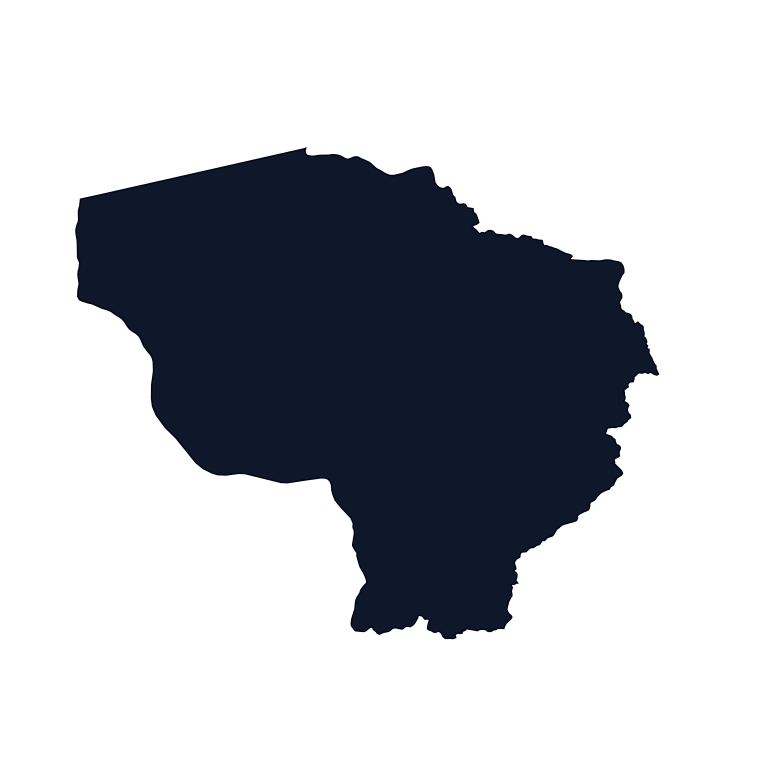 Casa Nova, Bahia, Brazil, rotated 72°
{"feature_id": "56859067B17018387686030", "entity_name": "Casa Nova", "entity_type": "district", "adm_level": 2, "iso_a3": "BRA", "parent_name": "Brazil", "parent_adm1": "Bahia", "projection": "robinson", "projection_center": [-41.193, -9.237], "detail": "fine", "context": "isolated", "style": "filled", "palette": "ink", "viewbox_px": 768, "rotation_deg": 72, "n_neighbors": 0, "source": "geoboundaries", "source_scale": "gbopen_adm2", "svg_char_len": 6170}
<svg xmlns="http://www.w3.org/2000/svg" viewBox="0 0 768 768"><g transform="rotate(72 384 384)"><path d="M135.6,385.7L135.7,387.3L127.0,481.8L115.8,602.6L114.5,615.5L120.5,618.2L123.9,620.5L126.9,621.7L133.3,623.5L135.5,624.7L137.9,626.7L140.8,628.6L142.8,629.5L145.8,630.3L153.5,631.5L168.5,636.1L170.7,636.2L172.2,636.0L174.4,635.8L175.9,636.4L179.8,638.2L182.1,639.8L185.5,641.3L194.7,642.9L199.1,645.4L200.8,646.2L206.2,648.2L208.4,647.8L210.0,647.3L211.6,645.6L215.5,640.1L217.5,636.7L224.6,628.8L228.0,624.0L230.6,621.0L233.4,619.1L240.5,613.2L244.2,611.6L250.1,610.0L253.3,608.8L255.3,607.4L259.3,604.1L262.0,602.5L264.5,601.6L273.6,600.7L279.7,598.7L284.6,596.7L288.7,596.2L292.2,596.7L300.5,599.1L312.9,605.1L326.2,609.6L333.9,611.0L343.1,610.2L357.8,605.4L370.8,598.6L400.6,587.2L408.6,582.0L415.6,574.8L418.8,570.1L421.7,562.4L423.9,550.2L426.1,544.0L445.8,512.3L448.0,506.3L451.2,486.9L453.7,473.1L455.2,468.9L457.2,466.5L460.2,465.2L463.9,465.1L469.3,466.4L473.2,466.6L479.1,466.3L484.2,464.5L489.1,462.4L501.1,456.8L507.1,456.2L510.2,457.5L511.9,457.7L514.5,457.5L517.7,458.6L527.1,463.4L528.4,463.7L531.9,463.0L535.6,462.0L537.1,461.7L538.4,462.7L544.1,463.1L548.0,463.2L550.8,463.1L557.5,461.7L561.4,461.2L565.7,461.2L567.8,461.7L568.9,463.9L570.5,466.6L572.6,469.5L575.5,471.6L578.8,475.6L580.5,477.1L582.4,478.3L589.2,481.2L593.1,484.1L597.8,487.3L602.1,489.3L604.5,489.4L608.8,488.0L609.9,487.2L612.7,480.7L613.2,479.1L613.0,477.5L611.0,472.6L611.3,470.8L612.7,469.9L614.4,469.8L617.1,467.9L619.0,467.3L620.5,465.6L620.1,463.4L620.1,460.3L620.6,456.2L620.3,454.5L619.2,452.2L618.9,450.3L619.8,447.3L621.9,444.0L622.6,442.0L621.3,438.7L621.5,436.5L622.9,433.8L622.0,430.7L620.7,428.6L616.7,424.2L615.2,423.6L614.8,422.0L615.8,420.2L616.7,419.1L620.3,417.7L620.8,415.2L622.4,413.4L624.4,415.1L628.7,417.6L630.4,418.1L631.9,417.1L633.1,415.3L635.8,412.8L636.0,411.3L635.8,408.2L638.6,406.4L642.6,405.8L644.8,404.4L645.4,402.7L645.8,400.8L646.5,398.9L647.4,397.1L647.3,394.2L644.5,394.0L643.5,391.4L644.7,388.7L645.0,386.8L643.8,386.0L643.3,384.6L643.1,382.4L641.9,381.6L647.4,371.3L647.0,369.6L647.1,367.9L647.7,365.7L648.7,363.7L649.6,362.4L650.9,362.0L652.0,360.0L652.3,358.2L651.6,356.1L652.1,353.3L651.4,351.9L652.4,348.2L653.5,345.6L651.3,344.0L649.0,341.4L646.5,336.0L645.2,334.5L643.4,334.8L641.5,336.1L639.2,336.9L636.5,336.8L634.9,336.2L629.5,332.8L626.3,329.7L625.0,327.9L623.8,327.5L620.0,326.9L617.3,324.9L614.6,325.6L614.1,323.5L614.7,321.8L614.2,319.9L614.5,318.5L611.7,319.4L610.2,318.6L608.9,317.5L606.0,316.4L604.4,316.7L602.7,318.1L601.4,318.2L600.6,315.8L598.4,315.4L596.1,315.6L593.8,315.2L591.5,312.5L590.6,308.5L587.1,306.7L586.4,304.6L587.3,300.7L586.4,298.8L585.3,297.2L585.0,294.8L585.6,292.2L584.6,289.0L584.6,285.6L582.6,283.3L581.7,281.6L582.4,279.6L581.6,278.1L580.7,276.8L580.4,273.7L580.5,271.2L579.6,269.2L577.5,267.0L575.5,264.6L574.8,262.3L574.0,260.8L573.4,259.1L572.9,257.3L573.4,245.4L573.2,243.1L571.4,241.4L570.0,241.3L568.9,240.7L568.0,238.0L567.1,232.8L567.1,230.2L566.7,228.5L565.6,227.3L564.0,226.3L561.5,225.5L560.0,224.1L559.8,221.6L559.2,219.2L558.4,218.1L556.9,216.4L554.6,211.9L553.8,208.3L553.5,204.9L553.5,202.2L551.7,200.5L550.8,196.8L549.0,195.5L545.5,191.8L544.7,189.3L543.8,186.1L542.7,184.8L541.5,184.8L540.1,185.1L538.5,185.7L531.3,189.5L529.5,188.9L528.1,189.0L526.2,188.0L525.9,184.4L525.1,182.3L522.7,182.0L520.7,181.3L518.9,179.5L517.6,178.9L516.2,179.1L515.1,179.8L513.2,181.8L510.2,181.9L508.3,181.6L505.8,183.3L504.1,184.0L500.9,188.3L499.4,189.0L497.7,187.2L495.7,186.1L494.7,184.6L495.4,182.4L495.7,179.9L496.8,177.5L496.8,174.3L497.5,171.4L496.7,169.6L495.9,168.4L494.4,164.2L493.4,163.4L492.1,160.0L489.6,159.5L487.3,160.8L484.5,160.8L482.8,160.3L479.8,157.9L477.6,158.6L474.6,161.4L472.6,159.5L470.7,158.9L468.0,158.7L466.4,158.1L463.9,158.0L463.2,155.9L462.6,154.6L462.2,152.7L460.4,152.6L459.1,151.8L457.9,149.6L458.7,146.4L457.0,145.1L454.6,144.2L453.1,140.9L452.2,139.2L452.1,137.7L453.4,135.2L453.4,131.6L454.7,130.6L455.4,129.3L455.0,126.8L458.4,123.8L459.8,121.7L459.3,119.9L455.4,120.5L453.3,120.6L450.8,119.8L449.2,120.5L446.4,121.2L441.8,121.5L436.7,122.6L433.2,121.3L431.1,123.2L429.1,121.6L426.8,122.8L425.0,121.1L421.8,121.1L420.2,121.9L419.0,122.4L417.0,121.3L414.6,120.8L412.3,120.8L409.8,120.0L408.2,120.6L406.5,122.2L403.7,123.4L404.5,125.7L404.1,127.4L401.3,127.5L399.2,128.2L396.0,127.7L394.2,128.2L392.8,129.6L391.0,132.7L389.0,133.4L387.0,135.2L385.1,135.6L382.3,135.0L379.2,135.1L377.8,134.0L375.3,131.3L373.2,130.6L371.3,130.5L368.9,131.4L364.6,131.8L362.6,131.4L358.6,128.6L353.8,123.9L352.1,121.5L349.0,120.5L345.1,120.4L342.2,121.3L340.6,122.9L338.1,127.6L336.6,129.8L335.4,132.4L334.6,134.8L333.8,140.7L330.7,149.2L330.1,152.6L329.0,154.6L324.5,166.1L323.4,168.5L322.2,168.1L320.5,165.7L318.8,166.8L316.2,170.7L314.4,172.8L312.4,174.9L309.3,177.7L308.1,179.6L305.6,182.8L304.6,184.5L302.6,186.7L302.5,188.4L301.4,189.3L300.1,189.6L296.4,189.3L294.9,192.8L293.5,194.7L292.5,197.8L289.3,198.9L288.2,201.6L285.6,205.4L285.7,207.3L286.9,209.4L287.3,211.1L287.2,212.6L285.6,214.4L282.6,216.1L280.9,217.8L280.3,219.2L280.5,221.2L280.1,223.0L278.3,226.4L276.6,230.6L275.7,231.6L272.2,233.4L270.8,235.7L270.4,237.5L271.7,241.4L270.3,243.8L270.6,247.1L266.7,248.5L263.9,250.3L261.4,251.5L260.7,250.3L260.6,247.7L260.3,245.6L259.8,244.1L257.9,243.9L250.9,244.2L248.5,245.9L244.8,245.2L242.2,250.4L238.6,251.1L237.4,252.6L237.1,255.1L236.2,257.4L234.3,258.8L232.5,259.5L230.5,259.2L228.4,259.1L225.8,260.5L220.1,260.3L218.5,260.6L216.2,262.0L216.0,264.0L216.7,266.0L216.2,268.2L214.7,270.3L213.3,271.5L211.6,272.5L208.0,273.4L200.1,272.2L195.4,272.5L192.8,273.1L191.5,274.5L190.5,276.8L189.7,280.3L188.7,289.3L188.6,291.1L188.8,294.7L189.6,301.1L188.9,309.9L187.8,313.4L186.7,315.1L184.3,317.9L180.5,321.2L177.4,324.2L176.3,325.1L169.9,328.7L168.0,330.3L164.6,334.0L163.2,335.8L160.6,338.1L159.5,339.8L159.0,342.6L159.4,348.3L158.5,350.5L153.7,355.0L151.9,357.7L150.8,360.1L149.9,362.7L149.4,365.9L147.0,373.7L146.3,376.8L145.9,379.9L144.7,383.5L143.0,386.4L140.7,387.5L138.7,387.3L136.8,386.5L135.6,385.7Z" fill="#0f172a" stroke="#020617" stroke-width="1.5"/></g></svg>